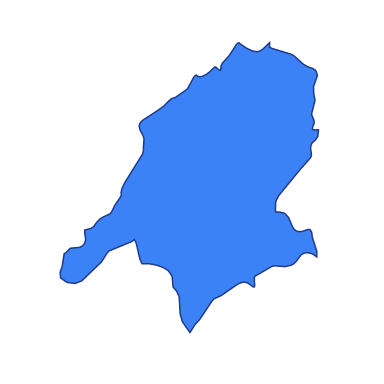 SVG path tracing the border of Gjirokastër, rotated 79°
{"feature_id": "ALB-1525", "entity_name": "Gjirokastër", "entity_type": "County", "adm_level": 1, "iso_a3": "ALB", "parent_name": "Albania", "parent_adm1": "", "projection": "robinson", "projection_center": [20.177, 40.156], "detail": "fine", "context": "isolated", "style": "filled", "palette": "blue", "viewbox_px": 384, "rotation_deg": 79, "n_neighbors": 0, "source": "natural_earth", "source_scale": "10m", "svg_char_len": 2278}
<svg xmlns="http://www.w3.org/2000/svg" viewBox="0 0 384 384"><g transform="rotate(79 192 192)"><path d="M329.5,220.9L317.5,226.2L309.5,226.9L292.4,224.6L286.6,226.0L281.6,228.7L270.9,227.6L264.8,230.2L260.5,234.8L256.9,241.0L254.2,247.9L252.8,254.9L247.5,256.0L231.5,256.5L227.6,257.6L229.2,260.7L234.0,284.6L235.7,287.0L243.3,294.1L258.2,317.2L259.5,324.1L256.9,331.9L251.3,337.4L245.8,336.8L240.1,333.6L228.1,329.2L227.5,327.3L224.0,322.3L224.9,312.7L224.0,309.8L222.2,307.5L219.7,306.0L217.4,305.3L213.0,305.3L208.9,304.6L208.4,297.9L207.0,294.9L204.0,291.8L201.0,287.7L199.8,284.6L197.7,276.6L196.1,274.6L190.2,270.2L183.0,262.9L181.2,261.8L179.3,261.8L175.7,260.4L170.3,256.5L145.1,233.1L141.6,231.6L139.4,231.3L131.3,229.1L129.4,229.0L127.4,229.3L121.1,231.2L116.9,231.3L114.4,229.8L112.3,227.0L105.6,210.5L102.5,203.6L98.0,197.1L96.4,194.1L96.0,190.3L90.1,177.0L79.6,168.3L78.7,167.1L78.0,165.5L79.9,163.8L80.4,162.3L80.5,160.1L79.2,155.3L77.6,152.0L74.9,148.0L74.0,146.3L73.7,145.1L74.3,144.5L76.9,142.6L77.8,141.4L77.9,140.9L77.5,140.5L73.7,139.4L72.4,138.5L71.0,137.2L65.3,129.5L55.9,120.5L54.6,118.5L54.5,117.3L56.7,115.7L61.3,110.9L64.0,107.4L65.9,103.9L66.8,100.5L66.5,98.2L65.2,95.1L60.2,87.3L64.7,88.2L65.4,87.3L66.6,85.6L75.8,68.2L77.9,65.8L87.6,58.5L89.8,56.1L91.9,53.4L93.8,49.9L95.5,48.0L97.0,47.2L101.5,46.6L111.8,52.6L118.4,53.7L125.7,53.8L138.4,59.8L145.3,58.6L147.6,58.9L150.9,60.9L152.6,61.6L153.7,61.5L154.2,60.7L154.6,59.4L154.7,58.3L155.1,56.0L161.4,57.9L164.4,60.8L166.6,64.6L168.9,66.3L172.1,67.3L177.1,67.5L179.5,68.0L181.1,69.3L188.5,78.8L189.4,80.2L211.7,107.1L215.4,110.3L218.3,111.9L225.3,113.5L227.5,113.8L228.6,109.3L229.6,107.5L229.7,106.6L230.3,105.6L231.8,104.3L235.7,102.0L245.0,100.1L248.0,98.9L250.7,96.6L251.7,92.7L251.5,89.5L250.9,86.1L251.3,83.4L254.2,82.2L259.9,82.5L273.9,80.8L279.5,81.9L276.5,84.7L275.4,86.1L274.5,88.0L273.5,90.7L273.4,93.9L274.5,96.9L279.9,102.9L281.9,105.8L282.8,108.9L283.0,114.9L280.0,125.8L280.6,128.7L286.6,146.0L287.3,146.9L291.9,147.9L294.7,148.1L296.4,148.5L297.2,149.2L296.4,150.5L293.0,153.6L291.4,155.6L290.5,157.5L290.3,159.6L290.6,162.1L291.1,164.5L299.3,183.3L301.1,190.8L303.2,193.5L318.4,208.6L323.2,214.9L329.4,220.6L329.5,220.9Z" fill="#3b82f6" stroke="#1e3a8a" stroke-width="1.5"/></g></svg>